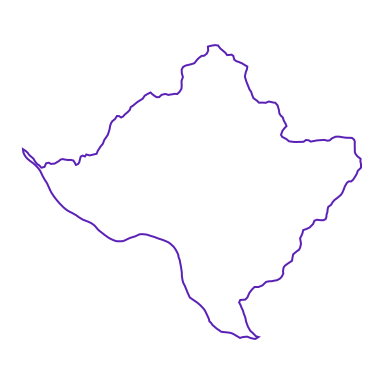 Novo Horizonte, São Paulo, Brazil
{"feature_id": "56859067B45221197904783", "entity_name": "Novo Horizonte", "entity_type": "district", "adm_level": 2, "iso_a3": "BRA", "parent_name": "Brazil", "parent_adm1": "São Paulo", "projection": "orthographic", "projection_center": [-49.295, -21.479], "detail": "fine", "context": "isolated", "style": "outline", "palette": "violet", "viewbox_px": 384, "rotation_deg": 0, "n_neighbors": 0, "source": "geoboundaries", "source_scale": "gbopen_adm2", "svg_char_len": 4068}
<svg xmlns="http://www.w3.org/2000/svg" viewBox="0 0 384 384"><path d="M351.2,181.4L353.2,179.6L355.4,176.2L356.7,174.0L357.8,170.8L361.0,167.7L361.0,164.0L360.4,161.6L360.6,158.8L357.4,156.3L355.4,153.7L354.8,151.7L354.8,147.8L354.7,144.7L354.8,141.7L354.0,139.5L351.9,137.9L349.3,137.8L345.7,137.7L342.8,137.3L339.4,136.7L335.6,136.7L332.2,138.2L329.6,140.4L327.5,140.7L324.3,139.9L321.3,140.1L317.1,140.4L310.7,141.6L308.7,140.3L306.0,140.0L303.5,141.8L295.9,142.0L293.6,141.9L289.0,141.3L286.3,139.0L282.2,136.9L281.0,134.8L282.5,130.7L284.3,128.4L286.5,126.1L285.7,124.0L283.8,120.6L282.7,117.3L280.8,115.6L279.4,113.5L278.9,110.0L277.6,105.4L275.3,102.8L272.7,102.4L268.8,101.5L265.8,102.8L262.2,102.6L259.0,102.7L257.1,100.8L253.4,98.1L252.1,94.9L251.2,91.9L249.5,89.4L246.3,81.4L244.9,76.7L245.3,74.4L245.8,72.1L246.9,69.4L247.3,66.5L244.7,65.0L242.1,63.4L238.6,61.9L236.4,61.2L234.3,59.7L233.3,55.9L231.6,54.7L227.1,55.1L225.4,52.8L223.3,51.0L220.2,48.4L218.1,45.5L215.1,45.1L211.8,45.6L207.9,46.6L208.2,50.6L206.8,53.6L204.2,55.7L201.6,55.9L198.7,58.1L196.8,60.1L194.4,63.2L190.6,64.4L187.9,65.0L185.8,65.5L183.1,66.9L181.7,69.6L181.8,73.1L182.9,77.1L181.5,81.0L181.7,85.0L181.5,88.7L179.5,91.9L177.3,94.0L174.8,93.8L172.1,94.3L168.3,94.9L165.6,94.0L163.5,94.3L161.5,94.9L159.2,97.1L156.4,97.1L154.3,95.7L152.2,94.1L150.6,92.5L148.0,93.7L144.7,95.7L142.7,98.7L139.8,100.5L137.4,102.0L135.6,103.5L133.2,105.5L130.7,107.1L129.8,109.9L127.7,112.1L124.6,114.7L123.2,116.4L121.1,117.5L119.1,116.1L117.0,116.0L114.9,119.2L112.4,121.1L111.2,122.9L110.2,125.5L109.6,129.1L108.8,131.8L107.8,134.8L106.1,137.4L104.3,139.9L102.9,143.7L100.5,146.6L99.1,148.8L97.7,151.0L96.6,153.8L89.7,155.4L86.3,154.5L84.9,156.5L82.6,155.6L80.7,156.6L80.0,159.2L79.3,162.2L78.0,164.1L75.9,164.9L74.7,162.5L73.3,160.5L70.9,159.9L67.9,160.0L65.1,159.6L62.8,159.1L60.7,159.5L58.7,161.2L54.6,163.6L50.9,163.9L48.8,162.7L46.1,163.3L44.5,166.9L41.4,167.7L39.2,165.3L37.4,164.2L35.3,161.8L33.4,158.6L31.3,156.8L29.3,155.1L27.6,152.7L25.6,150.9L23.0,149.2L23.3,152.0L24.1,154.2L25.3,156.2L26.8,158.1L28.3,159.5L30.4,161.2L32.9,163.0L35.2,165.0L38.0,167.9L40.1,170.7L42.6,175.9L43.7,177.9L44.8,179.8L47.1,183.4L49.3,188.3L51.2,192.3L53.4,195.7L56.5,199.8L59.5,203.3L63.2,207.1L65.2,208.8L67.3,210.4L69.6,211.7L72.6,213.2L76.6,215.5L78.8,217.2L82.9,219.7L85.4,220.6L87.7,221.5L90.8,222.9L92.8,224.2L94.9,225.9L97.6,229.1L99.3,230.8L101.7,232.6L104.1,234.5L107.9,237.3L110.3,238.7L113.5,240.2L116.5,241.2L119.4,241.3L122.4,241.2L124.6,240.5L129.8,238.0L133.4,236.9L135.6,236.2L139.3,234.4L142.1,234.1L146.8,234.6L151.6,236.2L153.9,236.8L158.6,238.6L163.0,240.0L166.6,241.5L168.5,242.4L170.3,243.7L173.7,246.8L175.4,249.2L177.2,252.4L178.2,254.7L178.6,257.2L179.8,260.3L180.3,263.4L181.0,266.9L181.4,269.7L181.8,272.2L181.9,276.2L182.5,280.0L183.1,282.5L184.8,285.8L186.4,289.7L187.8,293.1L189.8,297.5L197.4,302.7L200.6,305.5L203.4,308.5L204.7,310.2L205.9,312.5L208.8,318.7L209.4,321.3L211.0,322.8L212.4,324.9L216.8,328.7L219.5,330.5L221.3,331.8L228.0,332.5L230.6,332.9L233.0,333.8L237.1,336.2L240.0,337.9L242.3,337.2L245.1,336.8L247.3,336.7L250.6,338.0L253.0,338.6L255.5,338.9L258.5,337.0L256.0,336.3L254.0,334.3L252.4,332.6L250.4,331.0L247.9,326.6L246.1,321.6L245.3,317.5L243.7,313.4L243.0,310.7L241.8,308.3L240.5,305.0L239.1,302.4L240.2,300.0L245.2,299.6L247.3,297.6L249.5,292.7L251.9,289.6L254.5,287.0L258.6,287.0L262.6,285.3L264.4,283.5L266.1,281.9L269.0,281.3L271.7,281.2L274.1,280.7L277.0,280.2L279.8,278.7L281.7,276.8L283.3,273.6L283.0,271.1L283.6,267.6L284.8,265.8L287.9,263.5L292.0,260.8L292.6,257.1L293.2,254.3L296.9,251.2L299.1,249.7L300.1,247.6L301.0,243.9L300.6,241.3L300.1,238.2L301.6,235.4L302.5,233.1L303.2,230.1L306.4,229.0L309.6,227.5L313.1,224.0L314.4,220.7L317.1,219.7L320.3,220.2L323.5,220.2L325.6,219.1L326.4,217.0L326.5,214.8L327.4,212.0L327.6,209.4L328.3,206.8L331.0,204.9L332.6,202.2L334.5,200.0L337.4,197.9L339.3,196.2L341.0,194.8L342.5,192.4L343.8,189.3L344.7,186.7L345.9,184.6L347.0,182.7L348.8,181.4L351.2,181.4Z" fill="none" stroke="#5b21b6" stroke-width="2"/></svg>